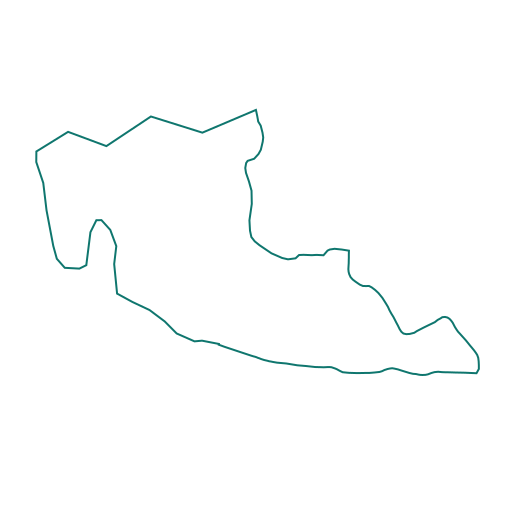 Fond/Desruisseaux, Vieux Fort, Saint Lucia, rotated 348°
{"feature_id": "8701671B476552117611", "entity_name": "Fond/Desruisseaux", "entity_type": "district", "adm_level": 2, "iso_a3": "LCA", "parent_name": "Saint Lucia", "parent_adm1": "Vieux Fort", "projection": "robinson", "projection_center": [-60.939, 13.794], "detail": "fine", "context": "isolated", "style": "outline", "palette": "teal", "viewbox_px": 512, "rotation_deg": 348, "n_neighbors": 0, "source": "geoboundaries", "source_scale": "gbopen_adm2", "svg_char_len": 2589}
<svg xmlns="http://www.w3.org/2000/svg" viewBox="0 0 512 512"><g transform="rotate(348 256 256)"><path d="M447.3,416.5L448.8,414.8L450.0,413.4L450.5,412.8L451.3,409.0L451.9,405.3L452.2,401.8L451.8,398.8L450.9,396.4L449.7,393.7L448.1,390.6L446.8,388.2L445.3,385.2L443.6,381.9L441.7,378.6L439.4,374.6L437.9,372.1L437.0,370.0L435.8,366.8L434.5,362.1L433.4,359.7L432.2,357.7L430.5,356.0L428.2,354.9L425.5,354.6L423.5,355.4L420.4,356.3L417.2,357.9L409.8,359.7L405.0,360.9L397.7,362.9L394.9,364.0L390.2,364.2L386.8,363.7L384.1,362.5L382.4,360.3L381.3,357.4L380.3,353.4L379.3,350.0L378.6,347.3L377.7,344.1L376.4,340.5L375.3,336.9L374.5,333.2L373.3,329.7L371.9,325.9L370.9,323.2L368.0,317.6L365.4,313.9L362.6,310.7L360.3,308.8L358.0,308.4L354.4,307.6L351.6,305.6L347.9,301.7L345.7,299.1L344.1,296.3L343.4,293.1L343.3,290.7L343.6,288.1L344.5,284.8L345.2,282.3L346.0,278.8L346.4,277.2L347.1,273.9L348.0,270.1L341.2,267.5L334.4,265.3L329.5,265.0L327.1,265.6L322.2,269.3L315.4,267.5L310.8,266.8L302.6,264.7L298.3,264.0L294.2,266.5L286.6,265.9L281.2,263.4L271.7,256.6L261.6,246.1L257.8,241.4L255.4,236.5L255.4,230.0L257.0,219.7L262.7,204.2L265.2,191.2L264.6,181.6L263.5,172.6L263.8,167.7L265.7,163.0L267.6,161.2L274.4,160.5L279.6,156.8L282.8,153.1L286.3,145.7L287.7,141.6L288.0,136.7L287.7,129.5L286.1,124.9L286.2,123.1L286.3,119.3L286.3,113.1L229.2,124.2L182.2,97.7L132.5,117.4L98.0,95.5L62.9,108.1L60.6,118.4L63.1,140.3L60.6,167.8L59.8,204.0L60.6,217.3L66.5,227.8L80.6,231.6L88.1,229.7L99.0,198.3L107.3,187.8L112.3,188.8L118.9,200.2L121.4,217.3L115.6,234.4L112.3,263.9L125.6,275.3L140.6,286.7L153.1,301.0L162.3,315.3L178.1,326.7L185.6,327.6L201.4,334.3L201.1,335.0L206.2,338.2L224.1,348.7L230.6,352.5L232.6,353.6L234.2,354.4L235.4,355.1L236.8,356.1L237.9,356.7L239.5,357.8L242.3,359.4L245.5,360.9L247.0,361.7L248.6,362.3L250.4,363.1L254.4,364.7L263.2,367.4L273.7,371.5L282.0,374.0L290.8,376.9L296.2,378.2L299.0,378.9L302.7,379.5L305.1,380.0L306.7,380.5L310.2,382.6L311.6,383.6L313.9,385.6L315.3,386.7L316.6,387.7L319.1,388.5L321.3,389.2L322.6,389.6L328.7,391.1L332.3,391.9L341.1,393.6L342.2,393.9L347.7,394.6L349.8,394.8L352.7,395.1L355.2,394.9L356.5,394.6L358.0,394.2L359.4,394.1L361.0,393.9L363.6,393.9L365.9,394.1L367.9,394.9L370.1,395.9L371.2,396.4L374.5,398.3L381.7,402.3L385.1,403.9L387.9,404.7L388.8,405.1L390.3,405.8L391.6,406.3L392.2,406.5L394.1,407.0L397.1,407.5L399.6,407.5L403.3,406.9L406.4,406.7L410.1,407.1L413.9,408.3L416.7,409.0L420.2,409.8L423.9,410.7L427.1,411.5L428.0,411.7L434.4,413.2L436.9,413.8L438.0,414.1L447.3,416.5Z" fill="none" stroke="#0f766e" stroke-width="2"/></g></svg>